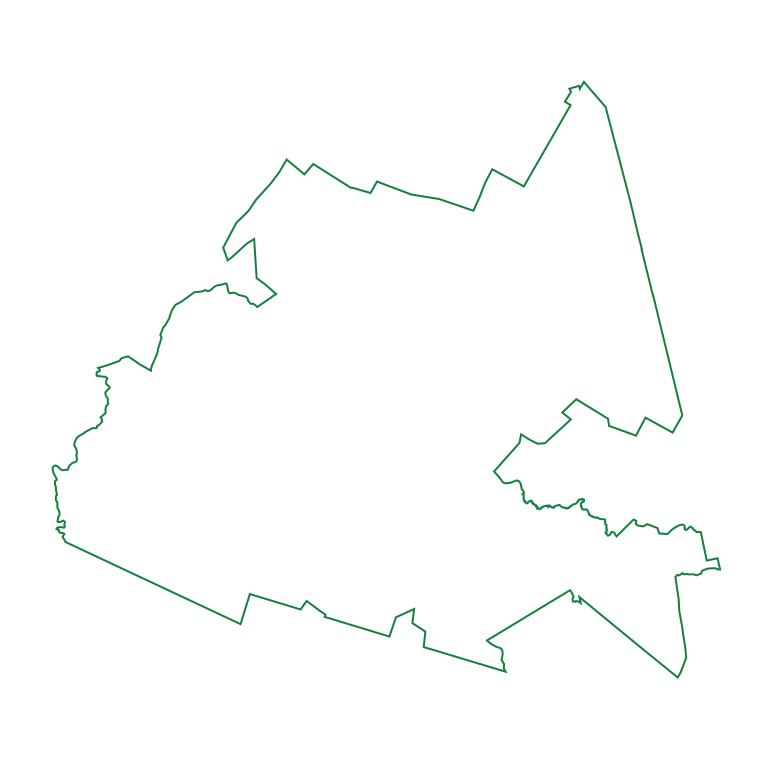 Frances Baard, Northern Cape, South Africa (orthographic projection), rotated 89°
{"feature_id": "47623444B47551800403987", "entity_name": "Frances Baard", "entity_type": "district", "adm_level": 2, "iso_a3": "ZAF", "parent_name": "South Africa", "parent_adm1": "Northern Cape", "projection": "orthographic", "projection_center": [24.486, -28.328], "detail": "fine", "context": "isolated", "style": "outline", "palette": "green", "viewbox_px": 768, "rotation_deg": 89, "n_neighbors": 0, "source": "geoboundaries", "source_scale": "gbopen_adm2", "svg_char_len": 6088}
<svg xmlns="http://www.w3.org/2000/svg" viewBox="0 0 768 768"><g transform="rotate(89 384 384)"><path d="M420.7,86.3L300.2,113.3L300.4,113.5L254.1,124.1L254.1,123.7L237.6,127.6L206.3,134.4L110.9,157.6L85.4,178.9L92.3,183.0L89.3,183.7L92.0,193.5L95.1,191.9L104.9,198.2L108.4,192.6L188.9,240.7L171.2,272.0L184.7,279.4L198.7,285.1L212.3,291.6L200.0,325.7L195.1,353.1L181.5,387.5L192.8,394.2L187.4,411.6L187.2,413.8L162.8,450.9L173.0,459.9L157.9,477.4L170.1,484.8L181.4,493.6L197.4,508.6L208.6,516.5L220.4,528.9L244.9,542.4L257.7,538.1L254.1,533.3L241.3,518.8L236.8,511.3L276.0,509.5L282.0,501.5L292.1,490.3L304.8,509.3L302.6,511.6L301.3,513.8L301.6,514.8L301.4,516.2L298.2,518.5L296.2,518.9L295.0,519.9L294.2,521.1L292.5,527.3L292.0,528.5L291.0,529.8L290.5,531.0L290.0,533.3L290.6,536.3L290.3,537.2L288.1,538.2L281.5,539.4L280.8,539.9L280.8,541.3L281.5,543.1L282.7,549.9L284.2,552.4L287.2,555.8L287.9,557.5L287.8,559.6L287.0,560.8L288.3,564.5L289.0,572.1L298.1,585.0L301.3,591.2L305.9,594.4L312.7,597.2L314.4,597.4L321.9,602.0L323.1,603.4L331.0,606.8L333.7,605.6L344.8,609.2L349.0,610.0L361.8,615.8L364.6,616.6L366.6,616.8L360.5,627.2L351.9,639.3L353.4,645.4L353.9,646.2L356.4,648.3L361.0,662.2L363.0,669.5L364.2,668.3L365.7,667.8L366.4,668.4L366.7,670.2L367.7,671.1L368.6,671.3L369.6,670.8L370.6,671.2L371.2,670.3L371.2,667.6L371.8,664.9L371.8,663.0L373.0,660.9L373.9,660.6L375.9,661.7L378.9,661.8L379.6,661.3L381.7,658.7L382.6,658.3L383.6,658.9L386.8,662.2L387.8,662.8L390.7,662.4L394.1,660.3L396.3,660.5L399.3,660.1L401.4,662.3L405.2,663.0L407.6,662.8L408.5,663.1L412.4,668.0L413.3,667.6L414.2,666.5L415.6,666.7L416.2,666.4L416.7,666.5L419.7,669.3L421.0,671.6L422.6,671.9L423.0,672.3L423.3,673.4L422.9,675.0L423.8,677.9L426.7,683.3L428.6,685.9L430.7,689.9L432.6,692.2L437.1,694.3L439.3,694.8L440.3,694.6L443.8,692.8L446.1,692.4L448.2,692.3L450.1,692.9L454.2,692.2L455.4,692.6L456.6,693.8L457.3,696.6L459.2,699.1L461.4,700.7L464.3,701.7L464.2,703.1L464.6,706.7L464.4,707.9L461.0,711.4L459.7,713.8L460.3,715.5L461.8,716.8L463.8,716.7L467.0,716.1L473.4,712.8L474.5,713.1L475.1,714.4L475.6,714.6L478.8,714.7L481.1,713.9L484.2,713.9L488.1,713.0L489.4,713.0L489.7,713.5L490.9,714.1L491.8,713.9L492.8,714.2L494.3,714.0L497.0,712.6L501.6,712.8L506.2,710.8L508.5,710.6L510.0,711.0L511.1,711.9L515.7,712.9L516.3,712.3L516.4,710.5L515.0,707.0L516.1,705.6L517.1,705.4L519.1,706.2L520.9,705.7L521.8,706.0L522.0,707.2L521.5,709.1L521.5,711.7L522.3,713.6L523.3,714.0L524.1,711.9L524.6,711.5L526.1,711.6L527.0,710.6L527.2,709.9L527.3,708.0L528.1,706.3L528.7,706.3L529.6,707.1L531.3,708.1L535.2,705.6L536.4,705.3L621.6,531.6L591.7,521.8L608.0,471.3L599.6,465.2L609.9,451.8L613.6,446.5L615.8,447.4L636.6,383.0L617.5,376.1L609.5,357.8L623.6,359.8L632.3,347.0L647.7,348.9L673.8,267.4L670.5,269.2L666.3,268.8L662.1,271.2L656.2,270.1L653.7,270.1L651.5,270.8L649.9,272.6L648.8,276.2L645.9,281.1L643.1,284.8L642.2,285.5L593.4,201.6L595.6,200.1L599.9,198.1L602.4,199.3L604.7,198.9L604.8,196.6L605.6,197.1L604.5,196.0L604.5,194.7L605.4,192.4L606.4,191.1L600.4,192.4L649.7,134.5L682.6,95.4L677.3,92.3L663.0,86.6L652.2,87.4L640.1,89.2L631.3,90.2L616.5,92.7L603.8,93.2L582.1,96.0L580.2,94.3L580.0,93.7L580.5,92.5L580.4,91.9L578.4,89.1L578.4,88.7L579.2,87.8L579.5,86.8L579.5,85.7L579.1,84.4L579.7,82.9L579.6,78.3L580.7,75.0L579.1,70.3L576.2,69.0L574.4,64.3L574.0,61.2L574.2,59.2L573.8,57.6L574.6,54.1L575.3,53.4L575.3,51.2L564.1,53.5L566.2,64.4L537.7,69.8L537.4,70.4L537.7,71.1L537.4,72.7L537.5,73.9L537.0,74.1L536.5,75.3L535.9,75.5L535.0,77.0L533.2,78.3L532.0,79.8L532.2,80.8L534.5,83.1L535.1,84.3L535.1,85.1L534.1,86.0L533.2,85.7L532.6,86.0L531.8,85.8L530.5,86.4L529.7,88.4L530.7,92.0L533.2,96.6L535.2,99.4L537.5,101.4L539.0,103.5L538.2,111.5L532.8,113.1L528.7,123.4L530.9,127.2L529.8,133.2L528.2,134.8L525.2,134.1L523.9,136.9L540.4,154.1L539.8,154.4L539.5,155.0L537.0,156.1L535.9,157.9L536.0,159.1L536.4,159.5L538.7,160.7L539.4,162.2L539.4,163.0L537.1,164.3L537.1,165.0L536.8,165.2L536.1,164.8L536.2,164.3L534.9,164.1L534.6,163.7L533.9,164.1L533.1,163.7L532.6,164.2L531.9,164.3L531.6,164.0L529.1,164.0L529.0,164.3L528.6,164.3L528.5,164.9L526.5,165.5L525.7,165.4L525.5,165.1L523.7,165.3L523.0,166.6L522.9,170.3L522.4,170.7L521.6,173.0L521.2,173.1L521.4,173.6L521.0,175.3L521.1,176.4L520.4,176.9L520.5,177.4L520.0,177.9L520.1,178.7L518.6,180.6L518.4,181.3L516.8,181.4L513.2,183.1L513.0,184.1L513.1,186.6L512.2,188.4L511.4,188.5L510.9,188.3L510.0,189.0L509.5,188.9L509.3,189.2L507.8,189.3L506.9,189.1L505.4,187.8L505.3,187.2L505.0,187.0L505.2,186.5L504.7,186.0L503.2,186.0L502.9,186.3L502.4,187.5L502.9,187.6L502.6,188.1L503.0,188.9L502.8,191.0L504.1,191.8L504.7,191.7L504.8,192.3L507.0,194.2L507.6,196.3L507.5,196.9L508.4,197.8L509.0,199.5L509.6,199.3L510.4,200.3L510.5,200.9L510.7,201.0L510.8,201.6L511.2,201.7L511.3,202.8L511.7,203.3L511.3,203.7L511.4,204.3L510.8,204.6L511.0,206.3L509.4,209.3L508.0,210.6L509.0,215.2L509.3,215.6L510.7,216.1L510.4,218.0L509.7,218.4L509.5,219.8L508.9,220.2L509.2,221.1L508.8,221.6L508.4,221.6L508.7,222.2L509.3,222.3L508.8,222.6L508.5,223.3L508.8,223.7L508.6,224.2L509.0,224.7L508.9,226.0L509.9,227.3L509.8,227.9L510.1,228.8L511.1,228.9L511.9,230.5L511.3,230.7L511.1,231.8L511.5,232.9L510.8,233.1L510.0,232.7L509.9,233.2L510.1,233.4L509.4,233.9L509.3,233.4L508.9,233.7L508.4,233.6L507.8,234.2L507.9,234.6L507.1,236.1L506.7,236.1L506.9,236.8L506.3,237.0L506.1,237.4L505.2,237.4L505.2,237.8L504.9,237.7L504.2,238.2L503.3,238.5L503.2,239.3L503.6,239.7L503.4,240.0L504.8,242.1L505.7,242.5L505.6,243.1L505.8,243.4L504.9,244.7L504.3,244.7L503.6,245.6L503.2,245.1L502.5,246.0L501.2,246.5L500.5,246.4L500.1,246.1L499.4,246.5L498.4,246.2L497.6,246.3L496.6,247.5L496.3,247.3L496.4,246.7L495.6,246.5L495.3,245.9L493.5,246.5L491.3,248.1L486.3,249.1L484.8,249.7L483.5,250.9L482.9,252.3L482.8,253.6L485.0,259.3L485.4,263.9L485.2,265.3L483.6,267.5L480.7,269.2L473.4,275.5L445.3,249.6L436.8,247.8L442.5,238.9L446.4,231.5L446.0,224.1L422.7,197.8L415.6,206.2L402.6,192.0L422.6,160.7L429.8,159.7L440.0,133.0L422.2,123.1L437.6,96.3L420.7,86.3Z" fill="none" stroke="#15803d" stroke-width="2"/></g></svg>